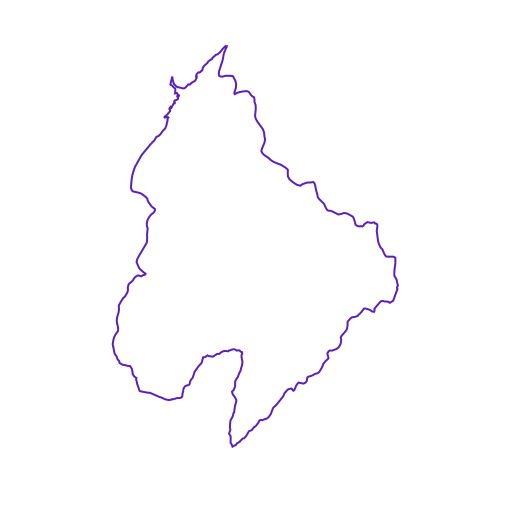 outline of Encino, Santander, Colombia, rotated 20°
{"feature_id": "7082276B76520199809623", "entity_name": "Encino", "entity_type": "district", "adm_level": 2, "iso_a3": "COL", "parent_name": "Colombia", "parent_adm1": "Santander", "projection": "equal_earth", "projection_center": [-73.108, 6.085], "detail": "fine", "context": "isolated", "style": "outline", "palette": "violet", "viewbox_px": 512, "rotation_deg": 20, "n_neighbors": 0, "source": "geoboundaries", "source_scale": "gbopen_adm2", "svg_char_len": 6134}
<svg xmlns="http://www.w3.org/2000/svg" viewBox="0 0 512 512"><g transform="rotate(20 256 256)"><path d="M276.3,353.9L276.9,355.8L279.6,360.4L280.0,362.0L280.1,363.4L280.4,363.9L280.3,365.9L280.7,368.6L280.3,372.4L280.3,376.1L279.8,377.4L279.3,381.0L281.0,385.8L280.9,388.6L280.8,389.7L279.8,391.6L281.4,393.9L284.4,395.8L286.8,398.2L287.1,398.8L287.5,403.8L288.9,410.6L288.6,411.2L288.9,413.6L288.9,415.4L288.3,419.0L288.4,420.1L289.9,425.4L290.3,426.4L290.9,427.1L291.3,428.1L291.4,432.0L293.9,434.2L296.0,440.2L297.5,441.3L299.1,443.2L299.8,442.1L301.6,440.8L302.0,439.0L302.5,438.2L303.9,436.6L305.8,432.3L307.0,431.5L307.5,430.6L308.3,428.6L309.3,423.1L311.6,421.0L312.6,417.6L312.9,417.5L314.3,414.9L315.2,411.9L315.5,409.8L315.9,408.9L316.6,408.3L318.1,408.1L320.1,406.3L321.2,405.6L322.0,404.7L323.1,402.8L324.0,399.1L324.0,393.5L324.4,392.0L325.3,390.5L326.2,388.5L329.6,378.4L329.7,375.0L331.4,371.0L332.1,370.0L334.6,368.4L335.2,368.6L336.6,369.7L337.4,369.7L337.8,369.1L338.1,364.0L338.9,361.1L339.3,360.4L344.1,359.7L345.2,358.8L346.0,357.7L346.4,356.1L345.8,352.4L346.5,351.5L348.7,349.9L350.0,348.7L351.8,346.6L353.7,345.3L354.7,344.2L355.2,342.8L356.0,338.7L356.2,336.5L356.2,333.9L357.5,330.5L358.7,328.4L359.0,327.3L358.9,326.8L356.7,323.8L356.4,322.8L356.9,320.6L357.6,319.6L359.8,318.9L363.4,315.9L365.0,313.3L365.5,310.3L365.4,308.2L364.8,305.8L363.5,303.4L363.6,302.0L365.8,296.4L366.3,294.6L366.4,293.2L365.7,289.6L364.7,287.0L364.6,286.2L366.0,282.6L366.9,281.0L370.2,279.1L372.1,277.5L372.4,276.3L373.6,274.0L374.4,272.0L375.3,268.7L376.6,267.9L380.5,267.7L382.3,267.8L383.0,268.2L383.9,268.4L385.2,268.3L386.1,268.0L386.0,266.4L385.4,265.3L385.4,264.7L388.4,256.7L389.0,255.7L390.3,254.9L392.3,254.8L394.6,254.0L396.4,253.8L396.9,254.1L397.8,254.2L400.2,251.1L400.2,238.9L400.0,238.3L399.5,238.0L399.2,237.4L399.5,235.1L398.6,234.1L396.1,230.0L392.8,227.3L392.1,225.6L390.9,221.9L389.5,215.2L387.5,209.9L385.2,209.7L380.5,211.4L378.5,211.9L377.4,211.4L375.5,209.8L372.5,206.5L370.1,205.4L366.6,201.8L364.7,198.5L360.9,191.2L359.8,186.3L359.1,184.9L358.2,184.4L356.8,184.8L356.0,184.1L355.4,184.0L353.0,185.5L349.0,186.1L346.7,189.4L346.7,190.7L345.7,191.9L344.2,192.1L343.2,192.8L341.2,193.1L339.1,192.7L335.1,187.3L333.4,185.9L327.4,184.9L324.1,185.4L321.4,187.5L319.3,188.8L311.1,187.9L308.6,188.6L307.5,188.6L306.0,187.6L303.3,185.1L302.3,183.8L295.5,180.7L293.9,179.5L292.6,177.2L289.9,173.5L287.7,169.8L285.9,167.5L284.5,166.9L281.7,168.5L279.2,169.4L277.3,170.8L274.8,172.9L273.7,174.8L269.9,175.1L265.0,173.9L261.0,172.3L258.8,170.3L257.6,167.6L256.6,164.4L256.1,163.9L253.9,163.0L248.7,161.8L240.5,161.6L237.2,160.8L233.4,159.3L229.7,158.5L227.0,157.3L225.2,155.7L224.9,153.6L225.2,146.5L224.6,143.1L223.0,140.7L221.4,137.3L219.0,134.4L211.9,129.7L209.5,127.7L207.9,126.0L207.1,124.2L205.4,117.6L204.1,114.5L201.8,111.6L201.0,109.3L199.9,107.5L197.9,107.2L196.4,106.6L193.7,104.6L192.1,104.1L190.4,104.4L187.7,105.7L184.1,107.9L182.1,109.5L180.8,111.2L180.2,110.9L179.7,109.3L179.6,104.8L178.4,100.9L176.6,98.3L172.8,94.9L171.4,95.1L165.6,97.1L163.1,99.0L161.3,99.4L159.8,99.3L158.7,97.5L158.1,94.9L157.7,84.0L157.2,80.3L156.8,78.5L156.5,75.9L156.9,68.8L155.7,69.1L155.3,69.7L153.8,72.9L153.1,75.3L151.9,78.1L151.0,79.5L149.4,80.8L148.0,83.6L147.3,84.6L147.4,85.5L147.2,86.3L146.3,86.9L144.5,89.7L144.3,91.2L142.2,95.1L141.6,97.6L142.1,99.5L141.7,100.5L141.3,100.7L140.7,102.3L140.1,102.9L139.2,103.0L138.0,105.4L138.2,107.7L138.4,108.0L138.7,107.3L139.1,108.0L139.3,109.4L138.9,111.9L138.2,113.0L136.6,114.8L136.0,115.9L135.6,116.3L135.3,117.5L133.7,117.9L132.3,121.4L131.4,122.9L129.9,123.5L125.6,123.9L124.6,124.2L123.1,123.9L119.9,122.3L117.2,118.6L116.0,115.9L116.8,124.0L117.2,124.4L118.5,124.4L121.3,125.8L122.4,126.1L123.1,126.8L124.1,129.7L124.3,130.9L125.9,129.9L126.2,129.9L127.2,131.1L128.8,131.4L128.9,131.8L128.6,132.3L127.4,132.9L127.7,133.3L128.7,134.0L128.9,134.7L128.9,135.4L127.6,136.8L126.3,137.8L126.3,138.6L127.4,139.8L127.4,140.4L126.5,140.5L125.8,145.8L125.6,146.1L124.7,145.2L124.2,146.9L124.4,147.6L125.5,148.5L125.7,149.4L124.7,151.9L124.5,153.0L122.5,156.4L122.5,156.9L123.0,157.1L125.2,155.8L125.8,155.6L126.3,155.8L126.1,157.9L126.3,158.8L126.7,159.3L126.7,160.8L127.1,163.5L127.1,167.1L125.9,169.6L124.5,174.4L123.4,176.5L121.7,178.2L120.9,182.1L118.9,186.6L114.0,200.2L111.8,213.6L111.8,216.2L112.2,222.7L113.3,228.0L115.1,234.6L116.4,236.3L118.1,237.4L123.7,236.7L127.1,236.6L133.2,238.6L134.3,239.5L135.5,241.2L137.3,242.7L140.9,245.1L144.9,246.4L145.4,247.6L145.3,249.4L144.5,251.1L143.4,252.7L142.4,255.5L141.9,258.0L141.8,260.1L142.3,262.9L143.1,264.9L144.8,267.2L146.3,273.2L147.4,275.8L148.7,280.1L148.7,281.4L146.0,295.9L145.5,299.5L145.6,301.2L146.0,302.8L149.7,306.7L151.1,307.8L155.4,309.6L158.3,310.4L158.3,310.9L157.8,311.8L156.4,312.6L155.3,314.2L154.3,314.4L152.4,314.4L151.5,314.8L150.5,315.9L149.7,317.1L149.0,319.0L148.4,321.9L146.4,325.1L146.0,326.3L146.3,329.5L146.7,330.5L147.3,331.4L147.6,334.2L147.0,337.2L146.9,338.5L145.7,340.7L144.6,345.1L144.4,347.3L144.1,348.4L144.1,349.8L145.3,352.5L145.8,354.2L146.2,356.5L146.5,361.6L147.2,364.2L148.6,367.1L149.3,367.9L151.0,370.7L152.0,373.4L150.7,378.5L150.5,381.1L150.7,383.6L151.5,387.9L156.5,396.0L159.5,398.2L161.3,400.5L163.3,401.5L164.4,403.2L167.8,403.8L171.1,403.2L172.8,403.2L175.2,402.5L177.8,404.3L179.9,407.7L180.4,409.1L182.9,410.9L185.3,411.5L185.6,413.2L186.6,414.3L187.9,416.6L192.7,422.5L193.3,422.7L200.4,421.6L203.2,420.8L213.8,421.5L215.1,421.3L219.7,421.7L223.5,421.2L225.6,419.9L226.0,419.3L227.3,418.9L230.2,416.6L233.3,415.4L234.5,414.1L234.7,413.1L234.0,410.5L233.9,408.3L233.3,405.8L233.4,404.7L233.7,403.1L234.6,401.8L236.9,400.3L237.4,399.1L237.0,395.8L237.2,394.8L238.1,392.2L238.1,389.5L237.9,385.9L239.8,379.0L241.4,375.3L241.4,373.6L240.9,369.4L242.8,368.3L244.4,366.0L245.7,366.2L249.9,365.4L252.9,361.4L255.0,360.5L256.3,358.2L258.2,356.4L259.7,355.7L262.4,355.1L262.9,354.0L263.8,353.7L265.2,352.3L266.8,351.3L268.1,351.0L270.2,351.5L272.3,350.4L273.0,350.4L274.0,351.1L275.9,351.2L276.4,352.8L276.3,353.9Z" fill="none" stroke="#5b21b6" stroke-width="2"/></g></svg>